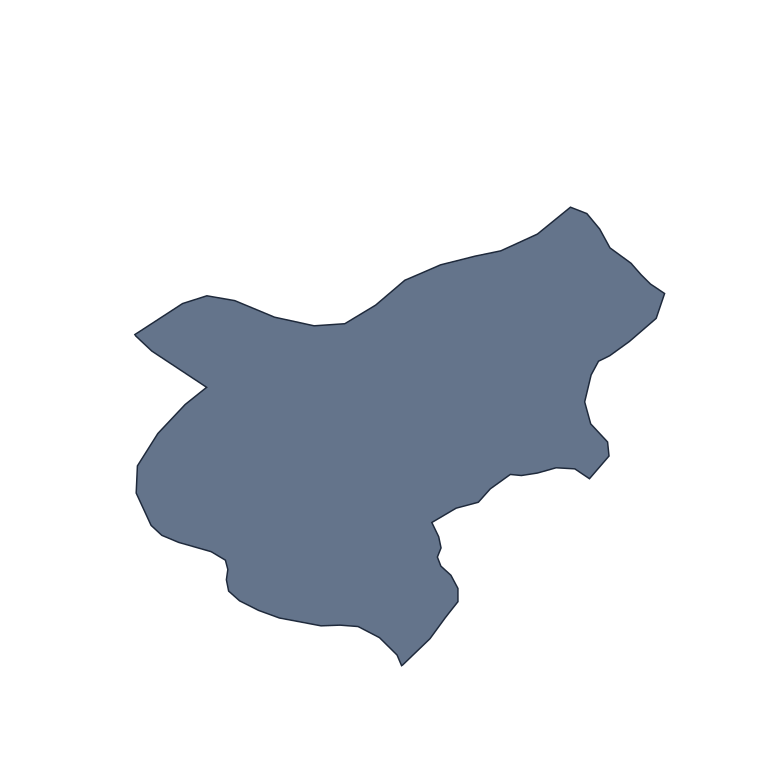 the Municipality of Nikšic, rotated 314°
{"feature_id": "MNE-1514", "entity_name": "Nikšic", "entity_type": "Municipality", "adm_level": 1, "iso_a3": "MNE", "parent_name": "Montenegro", "parent_adm1": "", "projection": "natural_earth1", "projection_center": [18.786, 42.872], "detail": "fine", "context": "isolated", "style": "filled", "palette": "slate", "viewbox_px": 768, "rotation_deg": 314, "n_neighbors": 0, "source": "natural_earth", "source_scale": "10m", "svg_char_len": 1119}
<svg xmlns="http://www.w3.org/2000/svg" viewBox="0 0 768 768"><g transform="rotate(314 384 384)"><path d="M258.4,258.7L246.4,194.2L246.1,172.1L246.5,170.4L258.4,173.2L301.9,183.2L324.4,195.3L340.3,218.7L356.0,258.8L377.3,293.3L400.1,313.9L435.0,323.2L473.1,326.9L485.9,332.3L509.0,341.9L539.4,360.8L560.9,375.5L598.4,390.2L640.7,395.3L647.5,411.6L645.3,431.5L638.9,452.0L642.5,478.2L642.3,479.5L641.2,492.9L641.0,506.2L644.0,523.0L620.3,534.2L585.2,531.0L561.1,526.7L549.4,522.5L534.4,526.7L510.5,540.8L498.9,560.4L497.6,585.1L488.5,595.9L458.6,597.6L455.5,580.2L443.3,566.0L426.5,556.2L413.6,546.4L406.7,537.7L382.5,533.3L364.5,534.0L344.7,522.1L317.6,514.6L312.1,529.5L305.7,538.9L296.6,542.6L292.5,551.4L292.9,565.0L288.3,579.2L278.8,588.4L264.5,589.8L258.0,590.5L232.8,594.0L194.8,592.6L193.6,592.3L198.1,581.7L198.4,557.0L191.5,533.8L180.0,519.9L166.3,506.7L143.0,471.3L134.0,451.0L127.7,430.8L127.1,416.1L133.7,406.6L142.1,400.5L147.1,392.3L143.3,376.1L127.4,346.3L120.8,329.3L120.5,314.7L133.4,281.5L153.8,263.5L191.3,255.7L231.1,255.2L258.4,258.7Z" fill="#64748b" stroke="#1e293b" stroke-width="1.5"/></g></svg>